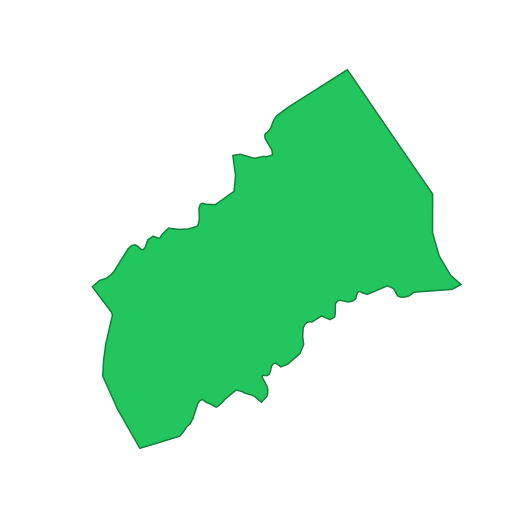 an SVG outline of Tartu, rotated 338°
{"feature_id": "EST-1659", "entity_name": "Tartu", "entity_type": "County", "adm_level": 1, "iso_a3": "EST", "parent_name": "Estonia", "parent_adm1": "", "projection": "orthographic", "projection_center": [26.767, 58.415], "detail": "fine", "context": "isolated", "style": "filled", "palette": "green", "viewbox_px": 512, "rotation_deg": 338, "n_neighbors": 0, "source": "natural_earth", "source_scale": "10m", "svg_char_len": 1797}
<svg xmlns="http://www.w3.org/2000/svg" viewBox="0 0 512 512"><g transform="rotate(338 256 256)"><path d="M410.5,117.5L415.7,141.3L428.5,199.5L443.0,264.8L428.4,300.5L425.9,324.5L429.2,346.7L435.4,359.3L425.3,360.4L388.8,348.7L384.9,350.0L382.6,350.3L380.0,350.1L377.3,349.5L374.6,348.2L372.5,346.3L371.4,337.8L366.8,332.9L345.0,333.3L341.1,330.4L339.4,328.0L338.3,327.7L336.3,327.8L332.6,332.8L329.5,334.0L324.5,333.3L317.5,328.6L314.9,328.1L311.9,329.8L308.0,338.9L306.6,341.3L305.8,342.2L300.8,342.7L294.3,336.1L283.1,338.2L281.3,337.1L278.5,336.7L275.9,337.7L272.9,340.2L269.1,348.2L267.0,356.0L260.1,363.0L244.7,368.2L237.3,368.1L236.6,366.3L234.0,362.5L231.9,362.4L229.0,364.0L226.2,368.3L223.8,370.7L221.3,371.1L217.6,369.1L216.5,369.7L216.4,372.3L216.9,375.9L217.3,380.2L217.0,384.2L215.0,388.3L213.3,390.3L206.2,393.7L202.1,385.6L199.8,383.1L194.6,379.3L192.2,376.4L187.5,372.8L173.3,377.3L170.0,379.1L165.3,380.8L162.5,381.3L157.7,375.5L155.3,373.3L152.6,369.0L149.6,369.1L146.5,371.3L136.6,383.1L132.2,386.9L128.2,388.1L122.5,392.1L117.8,394.5L76.3,390.8L70.2,345.6L69.0,309.7L75.4,296.0L84.0,280.9L100.8,257.0L100.8,253.5L92.7,223.2L101.6,220.1L108.9,220.6L114.0,219.2L118.3,217.3L140.1,201.4L144.7,199.7L148.3,200.4L150.2,202.9L151.8,206.4L153.8,207.9L156.4,206.6L161.8,200.4L168.1,199.1L172.5,203.1L173.7,203.2L177.0,200.8L185.4,197.4L193.9,202.2L203.1,205.6L212.2,206.3L213.3,205.9L214.2,205.2L217.1,201.0L221.0,190.4L223.7,187.3L226.2,187.0L229.0,189.3L237.6,193.2L259.9,187.8L267.2,173.7L272.2,154.1L279.4,155.7L291.0,164.8L300.3,166.5L303.4,168.0L309.3,168.5L310.4,163.8L308.5,150.7L309.2,147.5L310.7,145.9L312.7,145.8L315.1,144.6L318.1,142.4L322.0,138.0L325.0,135.4L328.1,133.7L341.7,130.1L410.5,117.5L410.5,117.5Z" fill="#22c55e" stroke="#15803d" stroke-width="1.5"/></g></svg>